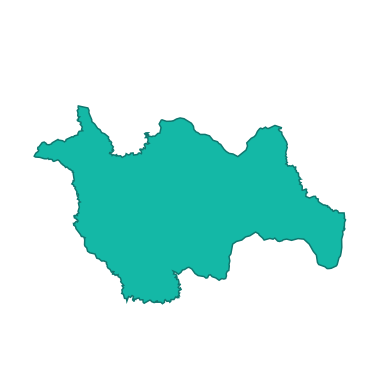 Topaipí, Cundinamarca, Colombia, rotated 159°
{"feature_id": "7082276B13508800069021", "entity_name": "Topaipí", "entity_type": "district", "adm_level": 2, "iso_a3": "COL", "parent_name": "Colombia", "parent_adm1": "Cundinamarca", "projection": "orthographic", "projection_center": [-74.26, 5.35], "detail": "fine", "context": "isolated", "style": "filled", "palette": "teal", "viewbox_px": 384, "rotation_deg": 159, "n_neighbors": 0, "source": "geoboundaries", "source_scale": "gbopen_adm2", "svg_char_len": 6032}
<svg xmlns="http://www.w3.org/2000/svg" viewBox="0 0 384 384"><g transform="rotate(159 192 192)"><path d="M85.5,220.1L90.7,224.4L97.8,223.9L99.1,224.5L100.1,226.2L103.6,225.7L105.0,227.0L106.1,226.9L109.1,225.2L112.1,222.3L114.2,221.3L117.5,220.9L123.3,218.2L123.7,215.0L126.5,211.8L136.5,208.6L140.1,212.8L143.4,214.7L145.5,217.5L146.8,220.4L148.2,226.2L149.5,227.5L150.2,229.8L153.8,232.7L155.5,238.1L159.2,241.1L163.7,242.8L165.3,245.4L166.6,246.5L167.8,249.6L167.1,252.9L167.9,256.4L173.2,263.3L176.6,265.4L180.3,265.7L183.8,265.2L186.2,265.6L190.6,267.2L194.1,270.1L195.0,270.1L198.3,267.3L197.8,263.2L200.9,258.5L202.8,258.9L206.6,257.4L208.5,258.2L209.5,258.0L212.7,259.8L212.0,260.8L213.3,262.2L211.6,262.9L213.8,263.7L215.3,263.4L214.9,261.9L213.6,261.1L216.0,259.5L213.8,258.7L214.5,255.9L215.8,254.4L214.5,252.8L216.1,252.5L218.0,253.9L219.2,253.7L219.6,253.1L219.5,250.4L220.2,249.3L221.4,250.6L222.8,249.2L224.4,250.4L225.3,250.5L225.5,249.9L224.8,248.9L225.0,246.7L225.5,245.9L227.3,247.4L228.2,247.4L229.3,246.5L233.2,247.4L233.0,249.6L235.5,250.2L236.3,249.2L238.1,249.4L239.7,251.4L240.9,249.8L244.8,249.3L245.7,251.4L248.1,252.1L248.7,252.9L249.6,252.8L249.2,253.9L250.5,253.8L252.3,255.0L253.5,254.7L253.4,256.0L255.2,257.5L254.7,258.3L252.8,257.7L251.1,258.3L251.6,259.6L250.2,259.3L250.6,261.4L249.3,262.3L250.4,265.4L249.3,267.1L249.8,268.7L250.9,269.0L250.5,270.3L251.0,271.8L250.2,273.2L252.7,277.7L255.1,279.8L255.6,283.2L257.3,285.2L258.5,290.4L260.3,293.6L259.7,295.5L259.9,301.2L259.8,303.2L258.9,305.1L259.1,307.8L267.3,313.1L268.0,311.9L268.0,310.1L269.9,309.3L270.1,306.6L271.3,304.2L271.1,303.0L270.0,302.4L271.9,301.4L272.2,300.4L273.3,300.3L273.3,299.5L270.7,296.9L271.1,295.7L272.1,295.4L271.1,292.1L272.7,289.9L272.1,288.4L275.7,289.1L277.4,287.7L278.1,286.2L281.7,286.6L283.0,285.9L284.3,286.6L290.7,286.1L291.5,285.0L293.1,284.5L294.5,286.3L297.8,288.2L298.3,289.1L305.0,288.0L305.9,287.3L308.6,287.3L310.8,288.6L310.8,289.7L312.1,291.6L314.2,291.8L318.7,289.0L319.9,288.9L320.7,287.4L320.1,286.2L321.1,285.0L323.9,284.2L326.5,282.0L325.7,280.8L321.5,278.8L318.0,276.0L315.6,275.0L314.3,275.1L313.9,273.7L312.6,273.5L310.8,272.3L310.8,270.9L310.0,270.1L305.8,270.1L304.8,268.8L303.7,265.0L302.8,264.3L302.8,263.4L301.7,262.1L301.2,260.2L299.8,260.2L298.3,257.0L297.3,256.7L297.1,255.6L295.8,254.2L296.5,253.5L295.7,252.6L296.3,251.9L297.7,245.3L298.3,244.6L298.9,245.1L299.8,243.6L301.3,242.6L300.0,240.9L300.2,239.7L299.1,238.3L300.0,237.3L299.3,233.7L300.3,231.4L299.0,230.9L299.0,229.8L300.5,229.5L299.9,227.8L301.5,226.4L300.3,225.1L300.7,223.7L299.9,222.7L302.0,222.4L302.6,218.2L305.3,214.8L305.2,213.0L306.8,212.8L307.4,211.2L308.1,212.1L309.3,211.5L310.2,212.2L310.8,212.0L311.0,209.9L309.8,209.1L309.7,207.8L308.9,207.4L308.7,205.8L309.8,205.1L310.3,205.9L311.0,205.9L312.5,205.2L312.8,204.5L313.9,205.1L314.3,203.4L313.1,201.6L313.4,199.3L311.4,192.4L311.2,190.1L310.4,189.9L308.2,187.5L309.3,187.0L309.2,186.1L311.3,181.1L311.3,179.7L310.3,177.6L310.7,174.1L309.1,171.8L304.8,168.9L304.6,164.3L302.5,162.7L301.2,160.0L298.9,159.2L297.1,157.3L297.0,156.6L297.7,155.7L297.3,154.3L297.9,152.8L297.7,151.1L296.2,149.0L295.9,146.1L294.4,146.2L293.5,145.6L295.4,144.4L295.6,143.8L293.9,143.1L293.6,141.8L292.4,142.0L291.9,141.1L290.7,141.3L291.2,139.4L289.7,137.7L289.7,135.0L290.7,133.8L289.2,129.4L290.9,129.4L290.2,127.1L292.5,125.8L293.0,123.4L294.0,122.5L292.7,121.1L293.1,116.9L291.4,116.0L291.9,113.5L288.7,117.2L287.1,115.7L285.1,116.8L284.1,115.5L286.1,112.6L285.4,111.0L284.9,111.0L284.3,112.7L282.9,111.8L282.3,112.5L279.5,112.0L279.2,109.9L276.5,109.0L277.1,106.4L276.5,105.3L270.3,106.2L269.3,105.6L269.1,104.3L267.2,102.5L266.3,102.2L265.0,102.8L263.5,102.8L263.4,102.3L264.3,101.7L260.6,100.3L259.6,98.3L257.3,98.9L256.5,100.6L255.6,101.1L254.6,98.9L252.5,98.4L252.2,97.1L250.9,97.7L250.2,99.1L247.4,98.1L244.7,99.9L243.8,98.6L242.2,98.2L242.2,98.8L243.1,99.3L242.1,99.9L241.0,99.5L241.0,101.2L239.8,102.1L240.6,102.7L239.9,104.4L237.1,104.9L237.3,106.7L238.5,106.4L239.1,108.0L236.1,109.9L236.3,110.4L237.8,110.7L236.5,112.4L236.2,114.9L236.4,115.5L237.6,115.8L237.1,117.2L238.3,118.3L237.4,118.7L236.6,117.9L236.3,119.4L236.6,120.9L238.6,122.1L237.6,123.2L237.9,124.9L235.8,122.9L234.2,120.1L231.2,120.9L228.9,122.6L226.7,122.3L223.4,123.0L221.8,122.8L219.7,120.1L218.4,114.9L216.3,111.8L211.1,108.8L209.8,106.6L208.2,106.4L206.2,108.3L204.5,108.2L203.5,105.7L200.6,103.3L198.3,99.9L195.3,100.5L193.4,99.3L191.6,99.2L189.9,101.3L189.3,103.6L187.4,105.4L185.8,105.5L183.7,109.6L183.4,111.1L181.4,114.1L180.6,118.5L177.9,120.3L172.7,128.8L168.2,129.9L162.7,129.3L158.1,130.9L153.7,130.4L147.0,131.8L144.8,129.2L144.7,127.8L142.6,123.8L141.9,121.3L136.0,120.8L133.2,118.9L131.2,119.3L129.6,115.5L128.1,114.5L125.2,114.2L123.9,114.7L120.5,114.1L116.4,111.2L109.7,110.5L104.5,107.9L101.2,101.2L100.0,93.0L98.5,88.5L100.1,81.3L99.7,78.9L94.7,74.6L93.3,72.1L91.5,71.4L89.3,70.9L83.7,71.3L82.5,72.2L78.3,78.0L76.4,79.1L74.6,81.9L72.0,86.6L69.2,94.4L66.2,98.4L65.5,101.5L64.0,101.6L62.6,102.7L62.5,103.1L63.4,103.3L62.6,104.1L62.8,104.8L62.0,105.4L60.5,109.0L58.6,111.0L59.3,113.0L58.6,113.8L57.5,117.9L62.5,119.9L62.8,122.1L64.0,123.4L65.7,123.7L66.6,123.2L67.3,123.7L67.5,125.3L68.4,125.7L69.3,128.7L70.6,129.3L70.2,130.3L70.8,131.0L71.7,131.1L72.6,132.3L73.8,132.6L76.9,136.7L77.5,138.5L76.6,140.2L78.3,141.5L78.3,143.7L80.1,144.4L84.5,144.3L87.3,147.1L86.0,149.9L84.6,150.1L84.9,152.3L84.1,153.4L84.5,153.9L87.9,153.9L88.5,154.3L87.1,157.7L87.1,158.9L88.6,160.8L86.9,161.7L87.9,162.6L87.9,164.6L87.6,165.1L85.8,165.0L86.4,165.6L86.1,166.7L86.9,168.2L85.9,171.5L87.4,173.4L86.9,174.6L87.6,176.4L86.5,177.3L86.3,178.2L87.9,178.4L88.5,180.7L90.3,180.7L91.8,181.7L93.2,181.8L93.4,183.7L94.3,184.6L92.4,185.4L92.9,186.7L92.1,188.0L92.4,189.4L91.1,190.4L91.8,192.1L90.5,193.5L90.6,194.6L89.9,195.9L87.1,199.5L87.2,201.2L86.1,202.1L85.9,205.0L87.4,213.6L86.8,215.7L88.4,217.6L88.9,219.1L88.5,219.7L86.1,219.3L85.5,220.1Z" fill="#14b8a6" stroke="#0f766e" stroke-width="1.5"/></g></svg>